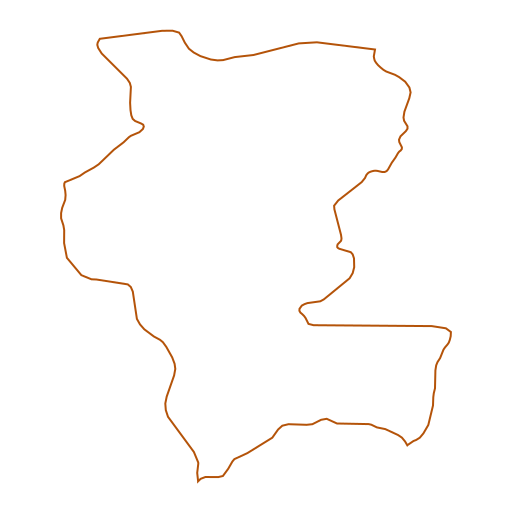 SVG path tracing the border of Kémo
{"feature_id": "CAF-808", "entity_name": "Kémo", "entity_type": "Prefecture", "adm_level": 1, "iso_a3": "CAF", "parent_name": "Central African Republic", "parent_adm1": "", "projection": "orthographic", "projection_center": [19.388, 5.737], "detail": "fine", "context": "isolated", "style": "outline", "palette": "amber", "viewbox_px": 512, "rotation_deg": 0, "n_neighbors": 0, "source": "natural_earth", "source_scale": "10m", "svg_char_len": 2559}
<svg xmlns="http://www.w3.org/2000/svg" viewBox="0 0 512 512"><path d="M407.3,445.3L405.1,441.5L401.9,437.6L398.0,435.0L385.3,429.1L376.9,427.4L371.3,424.7L368.7,424.1L337.0,423.5L326.7,418.8L321.1,419.8L312.4,424.2L306.6,424.8L288.5,424.2L282.3,425.7L278.1,429.5L272.3,437.7L247.4,453.1L234.4,459.1L232.4,461.5L228.2,468.8L222.9,476.0L218.2,477.1L205.4,477.0L200.7,478.8L198.1,481.3L198.1,481.2L197.2,472.9L198.3,463.6L198.2,462.4L193.9,452.0L168.0,416.8L165.8,410.1L165.3,403.5L166.7,396.6L174.1,375.5L175.3,368.9L174.6,363.8L172.2,357.4L166.3,346.9L162.9,342.2L160.0,339.8L153.9,336.5L144.3,329.3L140.0,324.4L136.9,318.9L132.8,291.6L130.8,287.0L127.8,284.4L96.4,279.5L91.5,279.3L81.4,275.2L66.9,257.8L64.1,243.1L64.2,230.1L63.4,225.4L61.1,218.3L61.1,213.1L62.2,207.8L65.2,199.9L65.6,195.1L65.2,190.8L64.2,185.9L64.3,183.6L64.9,182.2L79.6,176.1L85.0,172.4L93.8,167.6L98.7,164.3L113.9,149.7L123.6,142.3L128.9,137.2L130.9,135.8L139.4,132.2L142.9,129.0L143.8,126.6L143.2,124.7L141.1,123.5L135.1,121.0L132.7,118.9L131.3,115.3L130.5,110.1L130.1,102.7L130.9,86.9L129.8,82.9L127.0,78.7L101.7,53.5L98.2,48.0L97.3,44.9L97.6,43.0L97.9,42.2L99.8,38.8L162.1,30.8L172.5,30.7L179.1,32.6L181.6,36.2L184.8,42.6L188.9,48.7L193.7,52.5L200.4,56.1L210.8,59.5L217.6,60.4L223.1,60.1L234.7,57.1L253.5,55.0L298.8,43.4L316.9,42.3L375.0,49.5L373.8,56.4L374.1,58.2L374.7,60.6L376.1,62.8L378.1,65.2L380.6,67.5L383.4,69.8L386.2,71.5L395.0,74.8L399.1,77.1L405.2,81.7L409.4,87.5L410.6,92.4L409.3,98.2L404.4,111.7L403.5,117.5L404.1,120.8L407.5,126.3L407.5,128.7L405.8,131.2L400.5,136.3L399.0,139.7L399.3,142.1L401.9,147.3L401.8,149.0L400.7,150.5L399.2,151.6L397.9,153.3L395.5,157.5L391.8,162.7L388.0,169.5L386.6,171.1L384.7,172.0L382.2,172.0L377.4,170.9L375.6,170.7L374.0,170.8L372.2,171.2L370.6,171.7L369.0,172.4L367.9,173.2L367.1,174.1L366.3,175.1L365.0,178.0L361.7,182.1L338.2,200.5L334.1,205.7L334.4,209.3L341.0,234.8L341.5,238.3L341.3,240.0L340.9,241.0L337.6,244.4L337.2,246.0L337.3,247.3L338.1,248.1L339.4,248.8L350.8,252.2L352.7,254.4L354.0,258.4L354.2,267.2L352.7,273.1L349.6,278.3L323.8,299.4L320.3,301.3L307.4,303.1L304.6,304.1L301.8,305.6L299.5,308.8L299.4,310.8L300.4,312.6L302.2,314.1L304.1,316.0L305.6,318.1L308.5,323.9L313.6,325.2L431.8,326.1L445.9,328.3L450.9,332.0L450.7,336.2L449.8,339.9L448.8,342.6L447.5,344.5L445.0,347.4L443.5,349.6L440.1,358.1L437.5,362.1L436.2,365.3L435.4,370.4L435.0,388.3L433.8,393.2L433.3,397.1L433.0,405.5L428.3,425.0L423.4,433.4L419.8,437.7L416.1,440.0L413.5,441.0L407.5,445.1L407.3,445.3Z" fill="none" stroke="#b45309" stroke-width="2"/></svg>